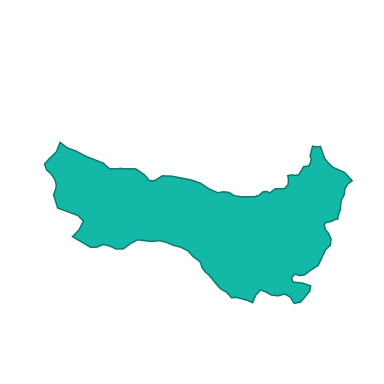 outline of Erzincan, rotated 200°
{"feature_id": "TUR-2300", "entity_name": "Erzincan", "entity_type": "Province", "adm_level": 1, "iso_a3": "TUR", "parent_name": "Turkey", "parent_adm1": "", "projection": "albers", "projection_center": [39.186, 39.548], "detail": "fine", "context": "isolated", "style": "filled", "palette": "teal", "viewbox_px": 384, "rotation_deg": 200, "n_neighbors": 0, "source": "natural_earth", "source_scale": "10m", "svg_char_len": 1826}
<svg xmlns="http://www.w3.org/2000/svg" viewBox="0 0 384 384"><g transform="rotate(200 192 192)"><path d="M94.0,123.4L96.8,117.1L97.2,108.7L102.7,109.1L113.7,108.3L118.9,106.1L122.3,108.2L125.9,109.8L129.7,110.3L133.5,111.4L147.2,119.5L152.1,121.4L156.7,124.3L158.7,127.1L160.9,129.4L168.6,131.6L176.0,135.4L183.7,136.3L191.2,135.5L198.6,136.0L205.9,135.2L212.7,131.8L226.8,128.4L232.3,122.4L237.0,115.1L243.8,112.5L251.0,113.1L257.3,112.4L262.4,107.7L268.3,105.3L289.0,109.2L285.1,118.1L284.2,127.5L291.0,130.9L312.7,131.0L321.2,142.1L321.0,146.6L321.6,151.2L323.4,154.5L325.8,157.4L330.7,160.9L336.1,163.0L340.2,167.8L337.4,174.7L333.2,183.3L332.9,193.5L324.7,190.9L314.3,190.7L304.0,189.2L285.0,188.8L282.6,187.5L277.8,185.9L276.4,185.7L276.0,186.2L271.9,187.5L267.1,189.8L264.5,190.3L252.8,194.5L242.8,192.0L235.9,188.2L231.2,189.7L225.5,197.0L216.6,199.9L197.2,203.0L187.2,203.2L177.4,200.8L167.6,200.1L162.6,202.9L157.2,204.3L150.6,203.0L143.9,204.4L131.3,209.1L127.8,211.9L125.5,216.3L122.3,218.0L118.7,217.8L116.8,220.3L115.3,223.2L113.8,224.0L106.2,226.8L104.2,232.0L105.8,237.0L107.6,240.1L104.1,242.2L100.7,242.9L97.6,244.7L95.7,254.1L92.9,255.5L92.2,255.6L91.2,256.5L90.7,260.4L91.2,264.2L92.3,265.0L93.3,266.1L94.4,276.3L90.3,277.0L86.9,278.7L78.8,268.9L73.3,265.6L67.6,263.3L55.4,262.6L45.4,257.4L48.3,253.0L49.4,247.5L48.8,244.8L48.1,242.2L48.3,239.1L48.8,236.2L48.1,231.2L46.6,226.6L46.5,221.0L46.4,218.2L45.7,216.4L47.3,216.0L48.5,214.8L49.7,213.4L51.0,212.0L55.6,209.1L56.6,206.5L53.8,202.5L49.6,199.8L45.2,195.4L43.8,189.1L46.7,183.5L48.3,166.3L54.5,158.0L57.9,152.6L62.6,150.1L65.2,150.2L67.6,149.7L69.0,145.1L66.4,141.9L57.1,144.2L48.4,144.4L47.4,139.2L52.3,125.6L57.9,122.3L63.8,126.9L69.9,127.9L75.8,123.8L82.5,122.3L88.2,123.3L94.0,123.4Z" fill="#14b8a6" stroke="#0f766e" stroke-width="1.5"/></g></svg>